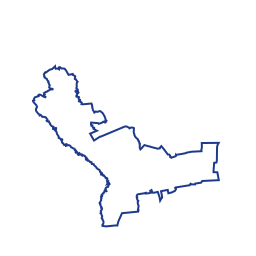 outline of Jantetelco, Morelos, Mexico, rotated 152°
{"feature_id": "50627088B92238721973394", "entity_name": "Jantetelco", "entity_type": "district", "adm_level": 2, "iso_a3": "MEX", "parent_name": "Mexico", "parent_adm1": "Morelos", "projection": "albers", "projection_center": [-98.756, 18.67], "detail": "fine", "context": "isolated", "style": "outline", "palette": "blue", "viewbox_px": 256, "rotation_deg": 152, "n_neighbors": 0, "source": "geoboundaries", "source_scale": "gbopen_adm2", "svg_char_len": 5934}
<svg xmlns="http://www.w3.org/2000/svg" viewBox="0 0 256 256"><g transform="rotate(152 128 128)"><path d="M192.2,198.1L195.7,198.8L197.0,198.2L197.6,197.1L197.7,196.5L199.0,196.8L199.3,196.1L199.1,194.6L198.2,190.9L198.5,189.2L200.4,188.0L200.9,186.8L201.1,185.8L200.5,182.7L199.9,181.4L200.1,180.6L199.0,180.6L198.6,179.4L198.4,178.0L197.9,177.9L196.5,176.9L195.5,175.8L195.6,175.1L195.1,173.4L195.5,172.6L196.0,172.3L196.4,172.4L196.4,172.1L196.1,171.7L195.3,171.4L194.7,171.0L194.7,170.4L195.0,169.8L194.7,168.8L194.7,168.1L195.0,167.7L194.9,167.2L194.7,166.1L194.2,165.1L193.2,164.1L193.4,163.5L194.2,163.2L194.6,162.2L193.7,161.6L192.1,162.0L191.6,161.9L191.5,161.6L192.3,160.5L192.9,161.0L193.5,160.9L193.6,160.7L192.9,158.0L193.5,156.3L193.2,153.0L193.3,152.6L193.9,151.9L193.8,151.6L192.8,150.6L192.8,149.1L192.6,148.9L191.6,149.1L191.4,148.8L191.5,148.5L192.2,148.5L192.4,147.5L192.9,146.9L193.0,146.5L192.9,145.4L192.3,144.8L192.5,143.2L191.7,142.6L190.1,142.8L189.7,142.4L189.8,142.1L191.2,141.8L191.3,141.4L189.0,141.0L187.8,140.2L187.3,139.1L187.3,137.7L186.5,136.8L186.2,136.1L185.4,135.2L184.9,134.1L185.3,133.6L185.3,133.2L184.6,132.7L184.5,132.2L185.6,131.3L185.7,130.8L185.5,130.6L184.3,130.7L184.2,130.5L184.3,129.5L184.7,128.5L184.7,128.0L184.3,127.4L184.0,127.4L183.3,128.6L182.7,128.7L182.6,128.1L183.4,127.3L182.7,126.8L181.2,126.5L180.9,125.8L181.4,125.5L181.4,124.9L180.2,124.7L179.4,124.0L179.2,123.4L179.3,123.2L179.2,122.4L178.6,121.5L179.7,120.7L179.9,120.0L179.8,119.6L179.2,119.8L178.5,119.6L178.4,118.8L178.8,118.0L178.0,117.6L177.8,116.6L177.3,116.1L177.4,115.6L177.1,115.2L176.3,115.0L176.8,113.2L175.3,112.3L175.5,111.2L174.5,108.6L174.6,107.5L174.1,106.8L174.1,106.0L173.0,104.7L172.8,103.7L173.2,103.0L173.2,102.1L173.1,101.8L172.6,101.5L172.6,101.2L172.9,100.6L173.4,100.3L173.5,99.9L172.2,100.0L172.2,99.6L172.9,99.0L172.8,98.4L172.3,97.8L171.9,98.0L171.6,97.7L171.5,97.2L171.7,96.8L171.1,95.7L171.2,94.1L170.9,93.9L170.6,94.1L170.4,94.0L170.0,93.4L170.0,93.0L170.3,92.3L171.4,91.3L171.4,90.7L171.2,90.4L170.5,90.2L170.7,89.9L171.8,89.7L172.2,88.5L172.9,88.1L172.2,87.9L170.8,88.4L170.5,88.2L170.6,87.2L171.5,87.0L172.3,86.2L173.3,85.8L173.5,85.4L174.3,85.7L175.1,85.7L176.0,85.4L176.5,84.8L176.4,84.3L176.9,84.2L176.8,83.7L177.0,83.2L176.7,82.6L176.7,82.3L177.1,82.3L177.5,83.2L178.3,83.5L179.0,82.7L180.3,81.8L180.8,82.1L181.9,81.4L182.5,81.3L182.4,80.9L182.5,80.3L182.7,80.1L183.2,80.5L183.8,80.3L183.8,80.0L184.3,79.5L184.2,78.6L185.2,78.0L185.4,77.0L186.9,76.0L187.5,75.4L188.3,75.2L188.4,74.2L188.1,73.8L188.6,73.4L188.5,72.4L189.0,70.5L188.6,70.6L188.5,70.2L188.8,69.8L188.8,68.9L189.1,68.6L189.6,68.6L190.1,67.7L191.1,67.4L191.5,66.0L192.2,65.6L191.8,65.1L192.0,64.5L192.2,62.2L193.5,60.9L193.2,59.9L193.6,59.3L193.4,57.9L193.8,56.3L195.0,54.9L195.9,54.7L196.5,53.5L193.5,51.4L184.7,47.8L183.2,46.9L180.4,50.0L173.3,55.6L158.3,49.4L157.5,50.3L157.9,50.5L157.5,51.3L155.2,54.2L155.0,56.0L154.4,57.7L154.2,58.1L153.1,58.8L153.4,59.6L153.3,61.2L152.4,62.5L152.8,62.8L152.2,63.9L151.5,64.6L150.4,64.8L144.2,62.7L143.4,62.0L143.1,62.5L142.5,62.4L142.4,61.6L140.2,60.6L138.4,60.2L137.9,62.1L136.4,62.2L136.6,60.6L136.9,59.5L135.0,58.5L131.7,57.6L132.6,52.3L133.7,48.8L130.6,50.8L130.5,50.7L130.2,51.1L128.5,56.7L122.0,54.7L123.0,51.4L122.3,51.2L118.7,50.4L117.9,50.6L116.2,50.4L114.3,51.5L114.2,52.3L114.5,53.0L114.0,53.2L100.3,48.5L99.8,49.0L98.9,49.4L98.3,48.3L95.2,46.7L94.6,47.3L89.0,45.4L87.4,46.4L72.3,39.3L69.9,47.0L73.2,48.8L72.6,50.0L68.3,56.8L66.1,56.0L64.8,57.6L58.4,69.2L57.1,70.8L54.9,72.3L69.9,80.1L72.0,76.0L73.4,74.4L74.0,73.0L83.0,77.2L87.8,78.7L88.9,78.7L91.9,79.6L98.0,81.6L98.1,81.9L99.0,80.7L103.7,81.4L103.7,82.3L104.3,82.6L103.8,83.9L104.0,85.1L105.3,85.9L106.1,91.5L107.1,96.4L109.1,95.6L109.4,95.1L111.4,95.7L116.8,100.7L117.1,101.2L118.1,101.9L121.5,105.2L124.8,104.1L125.1,103.8L127.1,103.3L127.0,104.9L125.0,108.4L125.3,108.5L124.5,111.2L124.9,111.6L124.6,113.8L125.1,114.4L125.8,117.3L125.7,117.8L125.7,118.8L125.3,119.4L125.2,120.6L124.9,121.7L122.8,125.1L123.4,125.9L125.1,127.0L126.9,127.0L127.0,127.9L128.7,130.2L130.2,130.8L156.2,133.2L156.7,133.5L163.9,132.9L164.1,140.8L156.8,140.2L157.4,141.0L158.0,142.3L158.8,143.4L158.5,143.8L158.0,143.5L157.8,144.0L158.6,144.4L158.8,145.0L158.3,146.9L158.8,146.9L159.3,147.2L158.9,148.8L158.0,150.1L152.2,146.4L151.9,145.4L148.2,144.9L146.9,145.2L145.7,143.6L144.6,143.8L144.5,145.0L143.7,144.8L143.9,145.8L143.5,147.1L143.2,149.6L143.4,153.1L144.5,155.8L145.5,156.4L147.0,156.5L147.8,156.8L148.7,157.7L150.5,157.4L150.4,161.0L150.0,162.2L150.0,162.7L149.9,163.1L149.5,163.4L149.3,164.7L148.8,165.5L148.8,166.8L156.5,170.0L157.9,170.9L156.9,172.2L157.5,173.2L157.6,174.2L158.5,174.2L158.8,174.6L158.4,175.1L157.4,174.9L157.2,175.1L157.1,175.4L157.9,175.9L158.0,176.4L157.6,177.6L156.8,178.0L156.8,178.4L157.2,178.7L158.7,179.8L158.7,180.5L158.3,180.8L157.7,180.8L157.1,181.5L157.0,182.3L155.5,182.3L155.0,182.6L155.0,183.1L157.2,184.6L157.1,185.1L156.7,185.5L155.2,184.6L154.5,184.9L154.3,185.5L154.9,187.5L153.7,188.7L153.2,190.0L152.1,191.9L150.8,192.5L151.2,194.3L151.2,195.5L151.9,196.2L151.7,196.8L150.3,198.4L150.7,199.4L151.9,200.9L151.5,201.7L155.5,202.8L155.7,207.9L156.0,209.0L155.9,209.5L156.4,210.4L159.0,212.0L159.4,213.5L159.9,213.9L160.4,214.0L161.0,213.5L161.0,212.7L161.3,212.2L162.3,213.7L164.0,214.2L164.0,215.6L163.5,216.7L167.4,215.6L168.6,216.0L170.0,216.2L174.7,215.5L174.8,216.0L175.0,216.0L177.0,215.1L177.1,215.4L177.4,212.9L177.8,212.8L177.9,211.5L176.6,209.4L176.8,208.6L176.6,206.7L176.8,206.2L176.5,206.2L177.1,203.9L177.0,202.5L177.7,202.0L178.6,200.7L178.1,199.5L176.3,197.9L176.7,196.7L176.6,198.0L177.3,198.3L181.2,198.4L181.7,198.1L182.9,198.2L183.1,198.4L185.7,198.3L185.7,196.9L187.2,196.9L187.3,197.0L186.0,193.4L188.0,195.5L188.6,196.8L189.0,197.3L189.5,198.2L190.5,199.1L191.4,199.2L191.6,198.6L192.2,198.6L192.2,198.1Z" fill="none" stroke="#1e3a8a" stroke-width="2"/></g></svg>